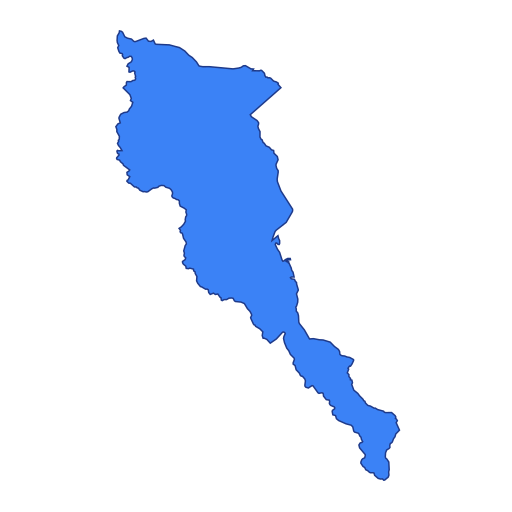 Lugari, Western, Kenya, rotated 276°
{"feature_id": "3690345B14512896386362", "entity_name": "Lugari", "entity_type": "district", "adm_level": 2, "iso_a3": "KEN", "parent_name": "Kenya", "parent_adm1": "Western", "projection": "mercator", "projection_center": [34.875, 0.621], "detail": "fine", "context": "isolated", "style": "filled", "palette": "blue", "viewbox_px": 512, "rotation_deg": 276, "n_neighbors": 0, "source": "geoboundaries", "source_scale": "gbopen_adm2", "svg_char_len": 6090}
<svg xmlns="http://www.w3.org/2000/svg" viewBox="0 0 512 512"><g transform="rotate(276 256 256)"><path d="M465.6,96.7L463.7,96.6L460.4,95.1L456.0,95.3L453.8,95.8L451.0,97.5L448.7,96.7L445.3,98.2L443.6,99.4L443.3,101.7L442.4,102.3L441.2,102.1L439.0,103.9L438.6,105.1L439.9,106.9L440.2,108.0L441.4,109.4L441.5,111.0L440.3,112.0L438.8,112.5L437.1,112.1L435.8,111.4L433.8,108.8L431.3,107.8L430.3,110.1L425.8,110.4L425.6,111.5L427.1,113.9L427.3,115.1L426.9,115.9L426.3,116.5L425.3,116.2L422.1,117.5L421.1,117.2L419.7,117.8L418.5,117.4L417.9,116.5L417.8,115.4L416.3,113.4L416.0,109.5L415.1,109.0L412.4,109.2L410.6,107.1L409.3,106.3L403.3,113.7L399.7,115.5L397.4,114.9L396.0,117.4L391.9,116.6L389.0,114.7L387.1,114.2L385.6,112.7L384.9,109.8L382.9,106.7L382.1,106.3L379.6,105.3L378.6,105.3L374.2,107.1L373.0,104.9L370.0,103.1L367.3,104.4L365.1,104.6L360.8,107.6L357.7,107.8L356.7,107.0L355.7,107.4L353.5,106.5L351.5,107.7L349.7,109.6L346.8,111.7L346.3,108.5L346.6,107.3L345.8,106.7L343.9,107.4L343.3,108.0L343.1,109.0L342.0,109.2L339.2,107.2L338.3,107.2L337.5,107.8L337.1,110.3L335.6,111.3L333.7,114.1L332.3,114.8L328.4,121.4L327.2,120.7L325.7,118.9L323.3,119.4L321.7,122.2L318.3,120.8L317.7,119.9L316.8,119.8L315.2,121.8L315.2,123.5L312.0,127.9L312.1,129.8L311.3,130.7L311.2,131.9L309.3,133.6L308.1,137.0L308.4,138.2L308.2,140.4L308.6,141.7L311.9,145.3L313.0,147.1L312.9,148.0L314.0,151.2L315.3,152.2L316.3,154.4L316.4,157.2L315.0,159.1L314.3,162.9L313.1,164.6L311.0,166.2L309.2,166.5L306.9,166.0L305.9,166.6L305.1,167.6L304.6,169.9L303.9,170.8L303.8,172.7L302.8,174.0L300.3,174.3L297.7,175.4L296.1,179.5L294.7,181.8L292.3,181.7L290.2,182.7L288.7,182.7L287.6,182.0L284.7,181.8L283.2,182.2L280.0,180.8L277.1,178.6L275.4,176.6L273.7,178.2L272.2,178.0L271.3,178.6L271.2,179.8L270.3,180.6L266.0,182.1L262.6,185.0L260.7,185.5L259.0,184.5L253.5,183.6L251.4,184.5L249.1,184.3L248.1,184.7L246.8,186.3L245.0,185.9L242.9,183.5L241.6,183.7L240.3,184.6L238.6,187.2L236.4,187.9L236.3,190.2L237.0,191.4L236.4,195.2L234.7,195.6L233.8,197.1L232.2,197.4L229.4,199.4L225.1,199.5L222.8,200.9L219.8,203.9L219.6,205.2L217.7,209.4L218.0,210.8L217.5,212.0L214.7,212.8L213.0,214.5L214.6,217.6L213.5,219.6L214.2,222.0L211.2,224.6L210.7,225.6L208.5,226.1L208.1,227.1L209.3,228.8L209.6,231.3L211.2,233.5L211.7,236.0L211.5,237.7L209.3,239.1L208.6,240.2L208.6,245.9L207.5,249.4L202.7,253.0L200.3,255.8L197.6,257.6L196.5,257.9L194.2,257.1L193.4,257.4L188.3,260.4L187.4,261.2L187.1,262.3L186.0,263.0L184.0,267.4L181.3,270.7L177.5,270.5L174.9,271.7L175.1,272.7L174.2,275.5L170.8,279.3L175.6,284.9L183.0,290.4L183.3,291.5L182.9,292.5L181.9,293.2L179.0,292.2L176.9,292.0L172.8,293.4L167.6,296.2L165.2,298.5L161.7,300.5L158.4,304.6L157.3,305.0L153.6,304.1L152.3,304.3L151.2,306.3L147.1,307.8L144.0,311.4L141.9,312.6L141.3,313.5L141.2,314.8L138.8,317.4L137.0,318.2L132.6,318.1L131.5,318.4L130.7,319.3L130.2,321.9L133.0,325.3L132.8,326.3L126.4,332.0L126.0,333.0L126.8,335.5L126.7,336.7L126.0,337.3L123.7,337.8L120.5,340.9L120.3,343.9L119.3,344.4L117.0,344.4L115.9,345.1L115.2,346.0L114.1,349.6L113.3,350.2L112.2,350.1L110.5,348.2L109.4,348.0L106.1,349.0L105.6,351.8L102.6,353.0L101.0,355.4L98.5,363.1L97.7,368.3L96.2,370.1L92.1,371.5L91.2,372.4L90.5,376.1L89.8,377.0L87.9,378.0L86.7,379.4L84.7,380.0L82.5,381.5L81.7,380.9L81.0,379.2L79.7,378.5L78.8,378.1L76.0,379.1L69.9,385.4L68.9,385.5L66.7,385.2L65.4,383.2L64.4,382.5L62.3,381.9L61.0,381.9L57.9,384.4L57.0,386.2L54.9,387.5L54.2,389.5L52.7,391.5L52.4,392.6L52.7,395.0L52.4,396.1L50.3,396.9L47.6,400.7L47.2,403.1L47.5,405.2L46.4,406.4L46.6,407.4L49.9,410.6L52.0,411.1L55.1,410.5L57.4,410.8L65.0,409.6L67.7,407.4L68.5,406.1L69.8,405.6L73.8,405.4L76.7,406.2L78.5,408.5L79.6,409.2L81.8,408.8L83.6,409.2L84.3,410.3L85.3,411.0L88.7,411.9L90.7,413.1L93.6,413.6L97.8,416.9L104.9,412.8L107.0,413.8L108.5,412.7L109.1,411.6L110.5,411.9L111.8,411.0L114.5,407.2L113.8,401.4L114.0,400.0L115.0,399.1L116.0,393.0L117.2,390.5L117.0,389.4L118.7,385.5L119.1,382.8L121.3,380.2L122.9,379.5L123.4,378.2L124.7,377.4L127.8,373.6L130.0,371.6L132.8,367.3L138.3,364.6L140.0,365.2L142.6,364.3L142.8,362.8L144.1,362.8L145.8,361.0L147.8,360.8L149.3,359.0L153.2,360.0L154.0,359.2L156.3,360.5L156.3,361.5L158.7,362.8L162.3,364.0L163.2,363.8L164.9,359.8L165.1,357.0L165.8,354.7L165.8,352.0L166.3,350.6L167.0,349.7L169.8,349.1L171.7,347.7L174.2,343.5L178.1,338.8L179.5,331.5L179.3,327.9L179.8,321.7L179.1,317.9L187.6,311.8L193.1,306.4L194.6,305.5L201.0,304.5L203.7,303.5L205.4,301.8L207.5,301.6L209.3,300.9L210.6,301.6L214.4,302.3L217.5,302.1L222.6,300.2L226.4,301.6L227.3,301.4L232.4,299.3L233.8,299.1L235.2,297.6L236.8,296.7L237.0,293.5L238.0,292.5L238.8,293.3L239.1,296.1L243.8,294.5L245.5,293.0L247.7,292.3L252.0,289.8L252.6,288.9L253.4,289.3L253.9,288.4L253.5,287.6L253.8,286.5L254.7,286.6L255.5,288.5L255.9,290.7L257.1,290.3L256.9,287.9L255.4,285.5L254.1,284.4L253.6,283.3L254.8,282.3L262.1,279.1L265.0,276.6L269.3,274.0L270.8,274.2L271.1,275.2L269.8,276.8L269.9,277.9L271.0,278.2L273.8,277.9L275.7,276.7L278.5,275.7L273.1,270.4L276.5,270.9L282.3,272.4L283.8,273.4L292.6,282.5L303.3,287.3L304.7,287.7L306.4,287.5L323.3,274.0L332.2,269.5L334.7,269.0L341.6,269.3L343.2,269.1L345.3,267.4L348.2,266.4L349.5,266.4L354.0,267.9L357.2,266.8L360.1,263.1L362.8,262.5L363.2,260.3L365.5,257.9L366.6,254.4L369.0,252.4L369.6,251.2L372.2,249.9L372.8,248.7L374.8,247.5L380.1,247.0L383.0,245.1L385.2,244.3L387.7,244.8L388.9,244.6L390.8,242.9L394.0,236.9L395.9,235.5L426.0,263.2L429.0,260.0L430.2,260.1L431.2,258.2L431.8,255.2L434.4,252.0L434.7,250.7L434.4,249.3L435.1,248.3L434.9,247.1L436.8,245.7L437.7,245.7L438.9,245.0L441.0,242.4L441.3,241.5L440.5,240.1L439.9,233.2L441.7,234.0L441.6,231.4L444.2,225.6L443.8,223.5L442.1,221.6L441.1,219.1L439.7,213.6L439.4,189.6L438.7,183.3L438.9,180.2L439.2,179.3L442.8,176.5L446.7,171.9L448.7,168.1L452.4,163.8L455.2,158.3L456.9,147.8L456.1,134.3L456.5,133.5L460.0,131.4L458.4,129.2L458.4,126.6L461.2,123.9L460.7,121.8L457.0,114.5L456.5,113.2L456.7,112.0L458.7,109.5L459.2,105.4L460.3,102.6L464.6,99.9L465.4,98.5L465.6,96.7Z" fill="#3b82f6" stroke="#1e3a8a" stroke-width="1.5"/></g></svg>